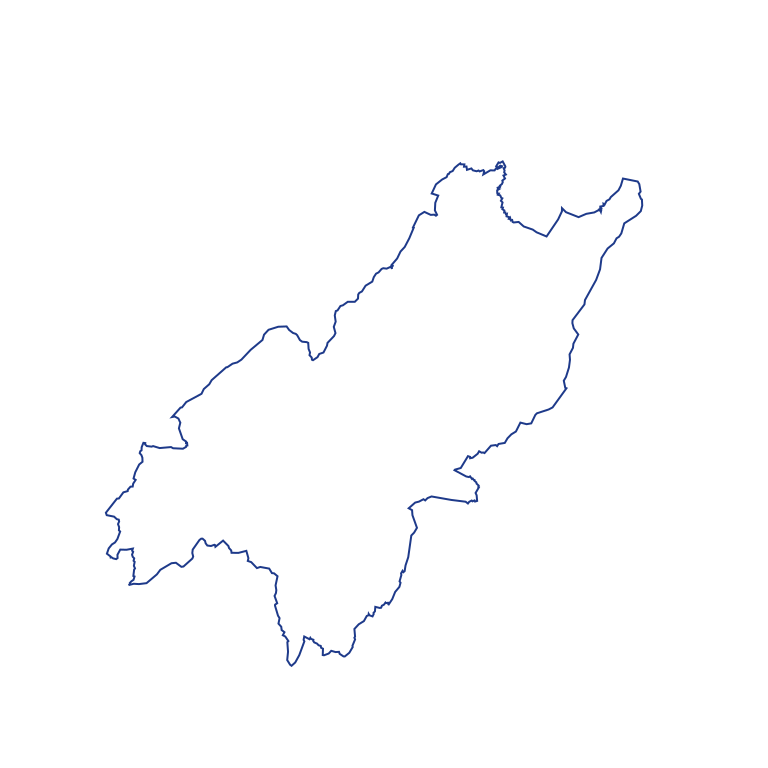 outline of Killarney Lea-7, Kerry, Ireland, rotated 310°
{"feature_id": "5873133B17042866960097", "entity_name": "Killarney Lea-7", "entity_type": "district", "adm_level": 2, "iso_a3": "IRL", "parent_name": "Ireland", "parent_adm1": "Kerry", "projection": "robinson", "projection_center": [-9.439, 52.045], "detail": "fine", "context": "isolated", "style": "outline", "palette": "blue", "viewbox_px": 768, "rotation_deg": 310, "n_neighbors": 0, "source": "geoboundaries", "source_scale": "gbopen_adm2", "svg_char_len": 6129}
<svg xmlns="http://www.w3.org/2000/svg" viewBox="0 0 768 768"><g transform="rotate(310 384 384)"><path d="M603.9,304.4L601.7,301.7L602.1,300.6L599.7,300.0L595.1,299.2L591.3,299.7L588.5,298.3L586.8,298.7L585.8,298.0L582.7,299.0L578.1,297.1L570.3,295.5L560.6,298.1L563.2,304.4L555.8,306.8L549.7,311.4L547.7,315.9L546.3,315.6L546.0,313.6L543.6,311.1L541.8,304.3L535.6,302.3L522.5,305.6L522.8,306.3L511.9,309.7L502.3,311.8L496.1,311.5L488.6,313.4L479.8,313.3L478.8,313.8L481.0,314.7L478.6,314.9L477.3,316.1L478.1,314.4L477.7,313.6L474.1,311.9L472.2,309.0L470.6,308.2L466.0,308.1L463.4,307.0L459.3,307.5L454.9,309.2L447.5,306.7L440.7,307.6L437.9,306.5L436.0,306.7L432.7,309.2L428.2,308.8L423.7,303.4L417.8,301.9L415.8,300.5L410.5,301.1L408.9,300.2L404.9,302.2L400.7,306.9L395.5,308.8L391.8,314.1L388.6,314.9L379.2,314.3L376.7,315.7L369.2,317.4L365.4,315.1L361.8,315.8L356.6,314.3L356.3,313.2L357.8,311.6L358.2,308.4L360.6,307.1L362.4,303.7L366.8,299.5L366.4,297.9L363.8,294.1L363.6,291.3L365.6,286.1L365.7,284.2L364.6,281.5L364.4,276.7L365.5,272.4L359.9,266.2L351.3,260.7L344.7,260.4L339.6,262.6L324.5,259.9L311.0,259.1L306.2,257.7L302.2,254.9L296.2,253.2L295.4,252.4L276.2,249.5L271.5,250.3L264.3,249.2L259.2,250.5L243.1,244.1L236.3,244.3L235.1,243.3L222.5,242.9L224.6,244.6L225.4,248.7L223.9,251.8L223.5,252.8L218.2,255.4L212.3,265.3L212.7,269.4L211.5,270.3L212.3,271.0L210.5,272.9L209.6,272.2L208.6,272.8L205.2,271.6L199.2,263.7L198.8,261.4L190.7,253.3L188.0,247.0L186.7,246.3L184.0,242.2L184.2,239.8L185.3,239.1L184.3,237.5L179.8,239.0L177.3,240.9L175.8,240.5L174.0,241.3L173.6,243.9L172.2,246.3L169.2,249.0L165.0,248.2L156.5,250.2L150.6,252.9L150.9,255.4L146.5,255.9L143.9,257.4L142.4,255.8L138.5,255.7L137.2,256.5L133.5,254.0L125.9,254.5L124.5,253.1L106.6,253.7L105.3,255.9L108.9,262.5L108.7,266.2L109.6,268.0L108.4,269.5L105.7,270.3L104.1,273.1L101.5,275.0L101.4,276.7L93.9,279.4L89.7,279.8L86.2,278.7L81.1,278.8L75.9,280.8L76.1,285.3L75.4,286.1L76.1,286.6L76.3,288.6L77.7,291.4L79.4,291.8L81.8,289.6L87.6,288.4L91.5,293.3L96.5,297.4L94.4,298.2L94.2,299.7L91.3,300.7L90.1,302.6L89.9,304.7L87.6,305.8L87.5,307.3L83.9,309.3L82.7,311.8L81.2,311.9L75.8,315.4L76.2,316.6L73.0,318.0L70.5,317.3L68.2,317.2L67.7,318.0L65.8,317.6L70.1,320.7L73.2,324.9L78.8,330.1L92.2,332.4L97.9,332.1L110.1,336.4L113.3,339.5L113.7,346.3L115.3,347.7L127.1,349.4L129.2,348.7L131.3,345.8L134.2,343.9L145.9,342.9L148.0,343.4L148.9,344.4L148.8,347.7L147.3,349.8L146.7,352.5L148.7,355.6L151.8,357.4L152.0,358.1L150.9,359.5L160.6,361.4L159.9,368.9L158.7,370.8L158.3,373.9L156.7,375.7L161.0,381.0L167.7,385.8L163.4,392.1L160.9,393.4L162.2,396.8L161.3,405.0L164.3,406.8L168.8,414.7L167.1,419.7L168.3,421.5L168.3,426.0L160.0,430.4L156.9,434.0L154.4,435.6L151.3,436.4L147.4,443.1L145.0,442.4L144.2,442.9L138.4,451.7L137.5,454.5L132.6,457.2L132.0,461.3L129.7,463.8L129.9,467.0L130.7,467.1L126.5,468.0L127.1,470.7L125.6,476.0L124.1,475.9L117.2,482.6L110.3,487.3L108.6,492.5L108.7,494.3L113.6,495.0L121.8,493.4L135.7,488.4L136.3,486.9L139.3,485.2L140.6,491.0L142.2,490.7L141.8,491.9L142.7,494.3L141.7,494.9L141.2,496.6L142.1,499.6L141.8,501.8L142.7,503.9L141.5,505.4L142.0,507.4L137.0,511.3L137.6,512.4L142.0,514.9L145.7,515.1L147.5,519.2L149.9,521.7L148.8,523.5L149.3,528.1L150.1,529.1L155.8,530.2L162.4,529.1L163.2,528.1L169.8,526.0L170.6,524.4L171.9,524.2L177.3,518.8L183.7,519.1L189.5,521.0L195.2,519.9L196.9,520.8L198.0,520.1L197.5,521.6L198.6,524.6L201.1,524.0L201.9,523.1L204.0,523.2L207.7,520.6L209.7,524.7L210.8,525.6L212.8,524.9L214.9,525.8L217.5,525.6L217.4,526.3L219.1,527.8L219.0,528.6L217.3,529.4L224.5,528.6L231.9,526.2L238.5,526.2L242.4,524.4L242.8,522.8L248.8,520.1L249.9,518.8L252.8,518.3L252.3,519.8L253.9,520.1L258.9,517.1L266.9,513.9L285.5,502.3L289.5,502.6L295.0,501.7L301.8,490.1L305.4,486.6L304.7,482.8L313.2,484.1L316.4,486.4L321.1,488.3L321.3,490.4L324.6,490.7L328.4,492.7L338.4,510.0L346.3,522.2L346.4,525.1L348.6,525.0L351.1,526.1L351.0,527.2L353.0,528.2L352.5,529.3L354.3,530.5L358.3,526.5L359.4,524.2L365.9,523.1L365.8,522.4L367.0,521.9L367.2,518.9L368.0,517.9L368.0,515.7L368.6,515.1L368.2,514.4L368.6,512.7L367.8,512.4L368.6,509.3L367.3,508.9L366.0,506.4L363.3,493.4L364.0,493.4L369.0,496.8L382.7,494.7L383.5,496.8L382.5,497.7L384.5,499.3L390.8,500.6L393.6,500.1L394.1,502.9L395.3,504.0L395.7,505.4L405.5,505.6L409.1,508.9L409.1,510.6L411.7,510.3L416.5,514.4L421.8,513.5L427.3,513.9L432.4,515.6L442.1,513.3L444.9,519.1L448.5,522.1L457.6,519.8L459.9,520.0L470.3,526.5L474.4,528.2L498.0,526.5L497.6,525.3L502.1,519.6L506.4,518.9L515.5,515.1L522.1,510.9L526.0,507.1L533.2,505.5L536.6,503.2L546.8,501.0L548.6,493.6L551.7,489.2L554.1,487.4L573.8,486.4L577.5,484.0L600.1,479.6L610.7,475.8L620.4,469.6L631.5,468.2L639.5,469.7L645.1,468.5L647.9,469.4L651.9,469.0L661.5,464.8L674.9,469.0L681.5,469.6L686.7,467.1L691.1,463.0L691.0,461.8L693.5,457.0L696.3,456.9L701.2,451.1L702.2,448.2L695.0,435.0L688.1,438.0L683.1,439.1L673.0,437.6L670.4,438.0L667.3,436.8L663.2,437.7L663.1,436.3L661.5,437.7L659.0,435.6L658.4,436.0L658.3,437.4L656.7,436.8L657.0,438.6L655.3,439.5L655.8,438.5L655.1,436.6L650.6,434.8L644.4,429.6L636.9,425.8L632.6,413.0L633.1,407.3L630.7,409.3L622.0,411.6L601.5,413.7L598.3,403.4L597.9,398.7L594.5,389.8L594.7,383.0L591.1,379.5L590.8,378.4L592.0,376.8L590.8,376.0L592.0,374.3L591.3,374.5L590.7,373.4L592.4,372.9L591.2,370.1L592.8,369.1L592.2,369.0L592.5,368.1L593.4,366.8L592.6,365.8L594.3,364.7L594.0,362.3L595.6,361.7L594.8,360.3L599.3,358.1L599.5,355.8L602.3,355.3L602.0,354.2L603.2,351.8L602.2,349.7L603.6,349.5L602.8,348.4L603.2,347.9L605.1,346.2L607.3,346.9L606.8,345.7L607.4,344.9L609.6,346.3L610.0,346.1L609.2,345.5L610.5,345.3L613.0,345.8L615.0,345.2L615.9,343.9L619.2,344.6L620.5,341.5L622.8,342.7L623.4,340.0L625.1,339.1L626.2,336.9L627.6,337.7L628.7,337.1L630.8,331.8L627.9,330.7L627.4,329.3L622.9,330.0L623.1,332.3L626.0,332.7L626.7,334.4L625.5,334.5L621.6,332.6L621.8,331.7L621.2,331.2L618.7,331.4L616.0,328.1L608.4,325.4L611.4,324.0L611.7,322.6L608.3,320.6L608.3,319.2L606.5,318.2L604.8,314.7L605.3,312.4L601.4,309.9L603.6,307.4L601.9,305.6L603.9,304.4Z" fill="none" stroke="#1e3a8a" stroke-width="2"/></g></svg>